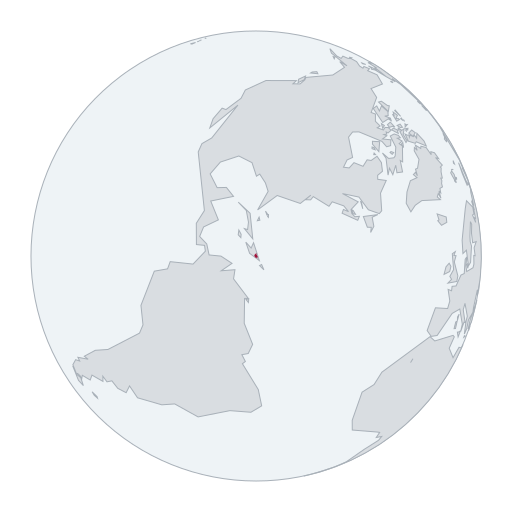 Santo Domingo highlighted on a globe, orthographic projection, rotated 56°
{"feature_id": "DOM-1394", "entity_name": "Santo Domingo", "entity_type": "Province", "adm_level": 1, "iso_a3": "DOM", "parent_name": "Dominican Republic", "parent_adm1": "", "projection": "orthographic", "projection_center": [-69.842, 18.571], "detail": "fine", "context": "on_globe", "style": "filled", "palette": "rose", "viewbox_px": 512, "rotation_deg": 56, "n_neighbors": 0, "source": "natural_earth", "source_scale": "10m", "svg_char_len": 9616}
<svg xmlns="http://www.w3.org/2000/svg" viewBox="0 0 512 512"><g transform="rotate(56 256 256)"><circle cx="256" cy="256" r="225" fill="#eef3f6" stroke="#a8b0b8"/><path d="M223.7,295.3L218.4,292.7L213.2,299.0L195.5,287.2L189.5,273.4L137.4,245.7L132.6,238.0L133.4,226.7L120.8,186.6L124.0,222.7L118.2,214.8L114.5,201.4L117.8,199.0L116.9,180.2L112.4,172.0L116.1,149.6L133.2,124.4L133.9,129.1L138.0,123.2L137.3,117.1L135.9,114.7L148.9,91.1L149.1,77.1L141.7,77.9L149.2,74.2L130.0,80.0L125.4,78.8L135.3,77.2L139.8,74.9L138.9,72.2L143.4,69.4L145.6,66.7L151.1,63.9L156.4,63.9L160.1,62.3L159.2,60.6L164.2,57.2L164.8,59.8L173.5,54.3L184.1,55.0L181.5,67.0L192.0,67.3L201.4,80.3L205.1,77.6L211.1,81.7L217.6,80.4L217.5,83.8L222.8,79.9L221.6,77.1L223.5,74.5L227.3,73.7L227.8,77.7L226.0,78.7L228.1,79.5L226.8,82.0L229.5,80.3L229.7,85.7L235.1,79.2L239.8,82.7L238.5,86.6L231.4,87.5L210.7,101.2L207.2,106.6L209.2,112.8L228.3,120.8L227.3,126.8L231.3,133.8L235.1,129.5L233.4,122.6L241.5,117.1L238.4,110.1L241.2,107.1L241.0,99.9L248.7,99.8L256.5,103.8L257.1,110.0L260.5,112.2L266.2,105.8L273.5,117.6L288.8,126.5L289.8,130.1L280.5,137.0L264.7,137.7L252.6,149.4L268.3,141.0L270.6,151.2L274.3,152.8L278.7,152.1L280.9,148.1L283.3,151.7L268.7,160.7L266.3,157.5L271.0,154.5L263.5,155.2L253.7,162.5L255.6,167.7L238.8,175.3L240.0,179.3L236.9,183.7L236.2,176.5L237.2,189.9L217.7,204.6L218.7,228.9L209.2,209.8L200.6,207.3L190.2,207.1L190.1,211.0L176.4,207.1L163.5,214.3L158.2,233.0L162.3,248.1L177.6,250.0L182.6,242.2L194.0,241.3L185.1,262.8L205.0,267.0L202.6,283.2L208.3,291.8L218.5,290.1L228.9,294.3L236.5,285.1L248.7,280.0L248.8,293.1L255.6,281.1L262.4,287.4L286.7,286.1L284.8,289.2L305.2,303.4L327.4,308.2L332.5,317.0L329.9,322.9L337.5,323.8L337.7,327.5L368.0,328.8L383.4,335.1L382.7,347.6L369.6,364.1L357.0,394.0L333.2,406.1L326.7,417.3L307.3,433.5L293.0,433.5L296.7,440.1L288.4,444.6L278.9,445.3L277.0,449.9L270.0,450.2L274.4,453.0L263.0,458.6L266.1,462.8L257.8,466.7L260.1,468.9L256.9,468.8L253.6,469.6L253.3,470.7L243.7,468.6L241.1,463.5L244.5,460.9L240.4,460.3L247.7,452.9L243.1,454.4L244.3,442.0L250.7,431.0L254.8,395.7L249.9,388.2L232.6,379.0L211.7,348.8L217.2,336.5L212.7,330.3L227.5,312.7L223.7,295.3ZM43.4,191.7L45.2,186.7L44.5,190.6L43.4,191.7ZM46.0,183.2L45.5,185.0L45.9,183.4L46.0,183.2ZM46.2,181.7L46.1,182.8L46.0,182.1L46.2,181.7ZM46.2,180.4L46.3,180.9L46.2,181.0L46.2,180.4ZM217.3,237.0L240.0,249.1L226.8,250.3L229.4,248.2L223.7,243.3L212.9,238.6L201.4,240.6L217.3,237.0ZM47.0,176.8L47.2,175.8L47.4,175.8L47.0,176.8ZM228.0,224.0L224.1,223.0L228.0,223.0L228.0,224.0ZM134.5,114.3L136.8,117.4L135.8,124.2L133.3,121.8L134.5,114.3ZM137.2,102.5L139.5,102.8L134.8,108.4L134.9,106.5L137.2,102.5ZM135.3,79.4L136.3,80.9L133.8,80.5L135.3,79.4ZM144.9,66.9L143.2,67.5L145.1,65.9L144.9,66.9ZM236.7,100.5L238.8,100.2L237.8,101.7L236.7,100.5ZM234.6,97.8L231.9,99.8L230.5,98.8L232.2,97.6L234.6,97.8ZM155.1,60.3L158.6,57.9L156.0,60.3L155.1,60.3ZM238.2,95.8L228.4,96.9L226.0,95.3L230.4,89.6L238.2,95.8ZM161.3,56.5L169.7,51.4L166.6,52.0L180.1,47.8L168.5,53.2L165.7,55.8L164.6,55.2L161.3,56.5ZM219.6,76.6L221.0,79.5L216.4,78.0L219.6,76.6ZM216.2,76.3L199.3,76.3L199.1,72.0L204.8,72.6L201.8,68.1L210.0,65.9L213.5,67.9L212.0,71.0L216.3,67.9L216.2,76.3ZM186.2,46.6L189.0,45.6L187.1,46.7L186.2,46.6ZM224.0,73.4L220.6,73.6L220.1,69.8L226.9,68.8L224.8,70.3L224.0,73.4ZM196.9,68.3L197.8,65.5L204.7,62.9L206.0,61.5L210.2,65.5L196.9,68.3ZM226.8,70.7L230.3,68.4L233.9,69.5L227.2,73.0L226.8,70.7ZM217.2,69.3L217.3,67.6L219.4,68.2L217.2,69.3ZM248.6,73.0L244.5,72.9L243.9,70.8L248.6,73.0ZM231.4,67.5L230.1,67.1L229.4,66.4L232.4,65.2L231.4,67.5ZM214.7,63.6L217.4,63.2L213.4,61.8L218.4,60.1L220.3,63.2L221.6,61.2L223.1,60.7L222.9,63.9L214.7,63.6ZM233.3,62.0L237.5,66.0L245.1,66.4L245.8,68.2L233.4,67.2L233.3,62.0ZM227.2,62.8L231.2,62.6L230.1,64.6L226.7,66.0L227.2,62.8ZM221.1,58.0L213.0,59.7L212.8,59.0L221.1,58.0ZM235.8,61.7L234.7,60.8L236.5,61.5L235.8,61.7ZM225.9,58.5L223.0,59.2L222.9,58.3L225.9,58.5ZM235.1,58.6L236.4,59.8L234.1,60.6L235.1,58.6ZM231.0,58.2L231.6,57.0L232.5,60.2L229.8,58.6L231.0,58.2ZM226.3,57.7L225.3,57.4L227.5,57.6L226.3,57.7ZM242.9,55.0L244.5,58.9L239.5,60.6L238.6,56.5L242.9,55.0ZM259.8,472.7L244.6,469.4L253.1,471.0L258.9,469.3L266.9,471.6L259.8,472.7ZM276.9,467.8L283.7,466.4L285.3,466.9L281.0,468.0L276.9,467.8ZM430.9,114.0L435.2,121.0L429.0,114.5L418.8,100.7L416.1,97.5L430.9,114.0ZM409.3,90.9L408.1,90.0L400.6,83.3L406.5,89.0L408.7,90.6L412.5,94.5L410.8,93.4L408.2,90.9L408.2,91.8L420.5,104.6L423.9,107.6L427.8,115.6L433.9,121.7L437.2,126.9L427.9,118.7L424.1,114.5L412.1,109.2L416.4,114.2L428.1,119.9L427.2,120.6L433.1,128.6L427.9,123.1L413.9,116.7L413.3,125.5L423.2,150.3L420.6,155.7L413.5,155.8L399.3,136.2L406.7,126.5L401.7,120.5L391.1,115.4L394.2,113.3L390.8,110.4L392.7,106.9L386.4,96.7L387.0,93.2L375.8,84.5L374.6,81.8L381.6,87.5L386.7,90.0L387.1,82.7L384.6,79.9L377.3,75.1L378.3,74.2L371.2,70.6L367.2,65.4L366.2,69.0L357.6,64.6L350.4,59.5L347.4,59.0L359.1,67.5L363.9,70.4L368.3,71.8L381.3,81.7L383.0,85.4L368.8,78.3L369.7,83.1L358.2,76.3L333.7,56.0L327.9,50.6L336.7,49.0L343.0,51.8L343.1,53.6L351.0,55.1L346.6,53.4L347.4,52.9L339.4,49.5L339.6,49.1L331.6,46.8L331.0,46.0L336.1,47.4L323.7,42.5L320.1,40.6L317.2,39.8L315.1,39.5L311.9,37.9L309.9,37.4L310.1,37.7L306.4,37.1L298.4,35.8L297.7,35.2L300.5,35.6L305.3,36.2L311.1,37.6L326.6,42.1L341.7,47.7L356.4,54.3L370.6,62.0L384.2,70.7L397.1,80.4L409.3,90.9ZM305.7,36.3L305.0,36.1L299.2,35.3L294.6,34.7L296.5,34.6L295.4,34.6L292.9,34.2L289.8,33.5L287.4,33.5L260.9,32.1L252.2,31.4L256.8,31.0L237.6,31.7L229.3,32.3L229.6,32.4L220.5,33.7L223.0,33.5L222.5,33.7L200.4,38.8L194.7,40.1L185.5,43.8L185.7,44.0L189.4,43.1L180.1,47.8L166.6,52.0L166.9,51.2L158.2,55.0L160.3,52.9L157.9,53.4L163.9,50.4L170.6,47.5L171.7,47.2L171.4,47.2L187.5,41.4L203.9,36.8L220.7,33.5L237.7,31.5L254.8,30.7L271.9,31.3L288.9,33.1L305.7,36.3ZM465.2,339.5L469.4,327.5L474.9,308.5L477.1,296.3L476.8,274.3L477.3,257.4L475.9,252.7L473.7,257.8L471.4,252.1L469.6,254.1L454.1,273.5L446.0,268.1L428.2,244.2L428.6,230.0L422.7,216.6L420.2,156.8L426.4,155.3L432.0,137.0L433.9,136.8L440.5,147.4L450.5,149.5L445.2,138.7L447.1,137.1L445.2,133.8L453.7,148.0L461.1,162.7L467.4,178.0L472.5,193.7L476.5,209.7L479.3,226.0L480.9,242.4L481.3,259.0L480.4,275.5L478.4,291.8L475.2,308.0L470.8,324.0L465.2,339.5ZM428.9,183.3L430.8,187.5L428.9,183.3ZM287.4,285.9L290.3,288.3L286.5,288.6L287.4,285.9ZM224.9,255.7L229.7,256.2L232.3,258.3L228.5,258.9L224.9,255.7ZM266.2,256.1L271.9,257.2L265.9,258.4L266.2,256.1ZM243.6,250.6L261.7,255.8L250.2,259.8L238.8,256.7L246.7,255.6L243.6,250.6ZM225.5,231.7L228.5,232.8L227.5,235.2L225.5,231.7ZM230.9,224.1L229.7,224.3L228.3,222.2L230.9,224.1ZM271.4,150.6L272.7,150.0L277.1,150.2L275.0,152.0L271.4,150.6ZM297.3,141.7L300.6,147.8L296.7,144.4L294.4,147.6L283.3,144.9L289.8,131.8L288.8,138.0L297.3,141.7ZM270.3,138.4L276.6,141.1L269.5,138.8L270.3,138.4ZM370.0,99.9L373.6,100.2L377.2,104.1L376.4,110.4L371.2,104.5L370.0,99.9ZM377.8,99.8L363.9,92.0L363.8,88.3L366.2,91.6L367.6,90.0L371.8,94.9L385.4,99.8L389.4,103.8L385.8,112.1L384.7,106.9L381.3,106.7L377.8,99.8ZM328.4,84.1L322.4,82.3L330.0,76.5L334.8,79.0L334.3,85.0L328.4,85.6L328.4,84.1ZM247.9,86.2L245.1,87.0L244.9,85.7L247.2,84.0L247.9,86.2ZM246.7,73.1L260.0,81.8L257.5,83.0L268.3,87.5L265.8,92.6L258.9,89.4L265.1,97.1L257.8,96.2L262.8,101.3L247.6,93.5L241.3,93.6L249.3,91.5L251.7,86.7L250.9,84.7L243.9,79.2L231.6,77.6L232.1,73.2L235.7,70.5L238.7,70.2L237.4,73.0L242.4,70.6L242.9,74.5L246.7,73.1ZM277.5,50.1L274.8,52.1L284.8,50.7L285.4,53.5L286.5,53.2L289.7,55.5L295.6,58.0L294.8,59.3L297.5,59.8L299.7,61.6L303.0,62.8L302.8,65.7L306.9,67.5L304.4,67.9L311.5,70.4L306.1,69.9L308.4,72.7L312.4,71.6L302.8,87.5L303.0,95.6L306.0,102.9L296.3,102.0L287.3,95.0L279.9,85.9L281.1,78.7L276.5,80.0L275.8,77.0L279.7,77.3L273.2,75.2L273.6,73.0L267.0,66.8L257.3,66.0L254.6,64.0L258.6,63.3L253.2,61.9L259.0,59.3L257.2,57.9L261.2,54.3L270.0,54.1L267.3,52.7L270.2,50.3L277.5,50.1ZM244.2,54.0L254.6,52.4L260.0,53.3L250.9,59.3L251.7,60.9L246.0,65.5L238.3,64.2L240.6,62.9L241.1,61.5L243.3,62.4L241.9,60.6L245.0,58.9L244.8,57.1L248.2,57.0L244.2,54.0ZM431.7,131.6L432.3,130.7L432.4,128.4L436.1,133.7L431.7,131.6ZM422.4,127.3L422.4,125.6L427.7,131.2L427.0,132.4L422.4,127.3ZM417.8,120.1L422.0,125.0L419.3,123.1L417.8,120.1ZM381.0,85.9L380.5,84.1L382.2,85.0L384.6,87.3L381.0,85.9ZM307.3,49.0L304.9,49.4L303.6,48.8L295.9,48.1L294.9,46.3L299.1,46.1L307.3,49.0ZM434.9,119.1L436.9,121.7L436.2,120.9L435.1,119.4L433.8,117.7L434.9,119.1ZM438.6,127.8L439.5,127.3L439.6,129.2L438.6,127.8ZM304.9,46.9L301.9,46.8L303.2,46.0L304.9,46.9ZM293.7,45.1L294.6,44.1L293.8,46.1L293.7,45.1ZM291.9,35.9L303.8,38.4L311.7,39.9L315.1,40.0L315.4,41.4L303.2,38.9L291.9,35.9ZM264.8,32.4L261.8,33.0L259.7,32.6L260.0,32.4L264.8,32.4ZM265.4,32.9L268.3,34.1L264.4,34.4L262.9,33.3L265.4,32.9ZM287.1,39.2L290.7,40.0L289.5,40.4L287.1,39.2ZM188.1,45.5L189.0,45.6L186.6,46.2L188.1,45.5ZM224.1,33.5L222.9,33.9L220.1,34.3L224.1,33.5ZM218.2,35.4L222.1,34.7L218.3,35.6L218.2,35.4ZM230.9,33.4L223.8,34.5L230.1,33.2L230.9,33.4Z" fill="#d9dde1" stroke="#a8b0b8" stroke-width="1"/><path d="M255.5,256.6L255.4,256.6L255.3,256.4L255.2,256.4L255.0,256.2L254.9,256.2L254.8,255.9L254.9,255.7L254.8,255.4L255.0,255.5L255.4,255.6L255.5,255.6L255.8,255.5L256.0,255.7L256.1,255.8L256.2,256.0L256.4,255.8L256.6,255.7L256.9,255.6L257.0,255.7L256.9,255.7L256.9,255.8L257.0,255.8L257.0,256.0L256.9,256.1L257.0,256.4L257.2,256.5L256.9,256.5L256.8,256.4L256.8,256.5L256.7,256.6L256.0,256.4L255.9,256.4L255.7,256.3L255.6,256.2L255.4,256.2L255.4,256.3L255.5,256.4L255.5,256.6Z" fill="#f43f5e" stroke="#9f1239" stroke-width="1.5"/></g></svg>